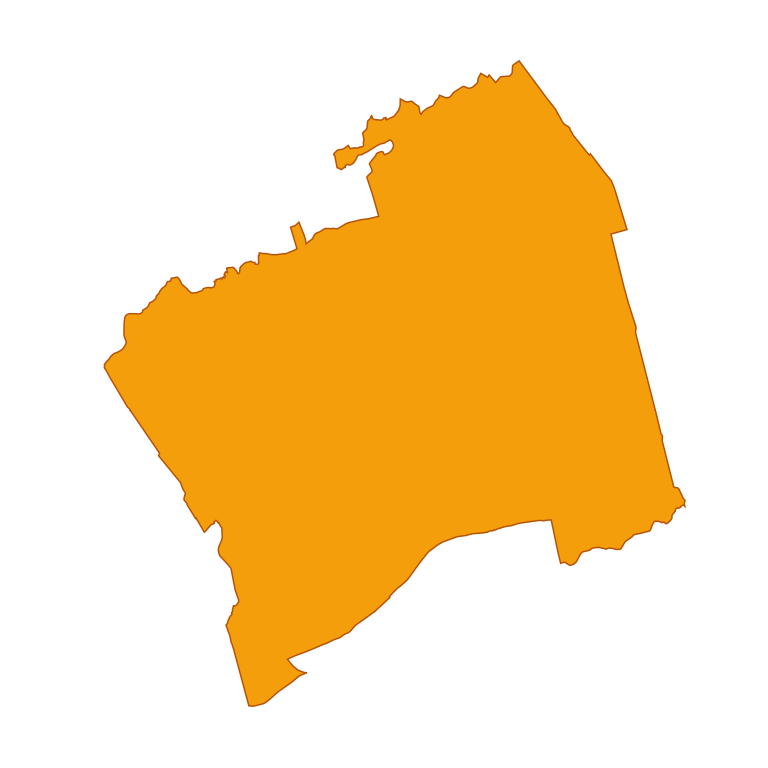 Optasi-Magura, Olt, Romania (Natural Earth projection), rotated 258°
{"feature_id": "2599482B31231477930356", "entity_name": "Optasi-Magura", "entity_type": "district", "adm_level": 2, "iso_a3": "ROU", "parent_name": "Romania", "parent_adm1": "Olt", "projection": "natural_earth1", "projection_center": [24.65, 44.581], "detail": "fine", "context": "isolated", "style": "filled", "palette": "amber", "viewbox_px": 768, "rotation_deg": 258, "n_neighbors": 0, "source": "geoboundaries", "source_scale": "gbopen_adm2", "svg_char_len": 6165}
<svg xmlns="http://www.w3.org/2000/svg" viewBox="0 0 768 768"><g transform="rotate(258 384 384)"><path d="M654.9,498.3L652.7,497.1L650.2,493.5L646.3,490.1L645.4,487.2L644.9,484.2L644.1,482.2L642.3,478.6L640.1,476.4L641.6,475.6L648.2,475.7L652.2,471.9L654.3,470.4L655.0,469.1L655.0,466.1L655.4,464.0L659.5,459.2L652.8,457.6L648.5,455.1L643.7,449.4L641.9,441.2L642.5,440.9L643.8,441.5L644.1,441.2L644.2,439.1L643.1,438.0L642.7,435.8L644.8,429.3L646.4,428.1L648.9,427.7L648.4,426.8L647.0,426.4L644.8,423.0L644.0,422.5L637.9,420.6L636.5,419.3L634.5,415.8L633.6,415.3L627.0,415.2L624.4,413.9L621.7,413.7L620.9,413.0L620.5,411.2L620.9,409.9L620.2,407.6L621.2,403.4L621.3,399.8L624.8,398.6L622.9,394.8L622.2,391.8L622.5,389.6L622.4,387.0L620.1,383.3L618.8,382.5L617.4,383.3L605.3,383.1L604.5,384.6L602.8,386.3L602.7,387.3L603.9,389.6L603.9,391.2L605.4,391.3L606.1,392.7L606.3,394.1L605.4,395.4L605.3,396.4L605.6,398.1L606.6,400.2L610.0,403.7L612.4,405.4L613.2,406.9L613.0,410.1L613.7,412.1L614.5,415.5L618.7,427.0L619.0,428.8L619.5,429.9L619.6,434.6L620.9,438.1L620.8,438.7L621.5,439.9L621.3,439.9L621.0,441.1L620.7,441.6L619.6,442.2L617.2,442.9L615.2,442.9L612.8,441.7L610.7,439.8L610.1,438.8L608.7,436.1L608.6,434.2L608.0,432.5L608.5,432.0L611.1,431.2L611.7,430.5L611.9,429.0L611.4,425.7L610.8,424.5L609.0,423.2L604.0,417.0L602.4,415.5L595.3,416.8L594.3,416.7L590.9,411.3L589.7,410.2L570.2,412.3L549.1,413.7L548.9,402.2L549.5,396.2L549.2,383.8L549.0,381.4L548.5,379.6L545.5,370.9L545.5,370.2L546.8,366.6L547.1,363.3L547.8,361.8L547.8,360.4L548.4,359.1L547.8,356.9L546.3,353.1L545.7,349.4L545.0,347.9L544.4,347.0L540.7,344.0L538.4,338.8L537.2,336.9L542.3,337.2L547.0,336.7L557.5,334.8L558.6,334.9L560.0,334.4L557.5,330.4L556.8,325.2L534.3,327.0L533.3,323.2L531.9,315.2L532.6,309.6L532.7,306.8L533.8,301.1L535.9,296.3L537.0,292.1L538.2,289.4L535.7,288.6L535.9,288.2L535.5,287.8L528.2,286.5L527.6,286.0L527.4,284.8L528.0,283.2L528.3,282.9L529.8,283.0L530.1,281.1L531.8,279.3L531.5,277.2L531.5,273.8L530.7,271.8L528.5,268.2L527.4,267.3L523.2,265.9L522.4,265.1L522.2,264.4L522.7,263.9L525.3,263.3L529.2,261.0L529.5,260.4L530.2,254.7L529.7,254.1L525.6,254.0L526.5,253.0L526.6,252.3L524.4,250.4L523.5,250.5L523.0,251.2L521.1,250.5L521.0,249.9L522.2,249.2L522.0,248.7L520.3,247.3L521.4,247.0L521.6,246.6L521.4,245.6L520.8,244.8L521.1,243.9L521.0,241.4L519.5,241.1L519.4,240.5L519.9,239.6L519.7,239.2L517.5,239.6L516.9,239.5L514.2,237.7L513.9,235.2L514.8,232.8L515.1,230.2L514.8,227.3L514.4,226.6L513.0,225.3L512.9,222.1L512.3,219.6L512.8,215.3L514.0,213.7L516.2,212.1L518.6,210.8L523.4,207.1L528.9,205.6L531.1,204.4L531.7,203.0L531.3,199.7L531.3,199.2L531.8,198.6L531.7,197.9L529.2,196.7L529.0,196.4L529.2,193.5L526.8,191.6L525.8,191.3L525.2,189.7L524.4,188.7L523.8,186.8L521.7,184.4L519.3,182.4L517.2,179.5L515.6,178.9L514.2,177.3L513.0,175.1L512.1,171.7L509.5,169.8L508.5,168.6L507.7,167.6L506.5,163.6L504.4,162.5L503.7,161.4L503.5,157.9L504.2,156.5L505.7,149.9L505.5,147.5L504.6,145.6L502.9,144.3L498.0,142.6L487.0,140.0L485.3,139.8L478.7,140.6L476.8,139.8L473.4,136.7L471.8,134.2L470.6,130.5L469.9,126.1L468.0,122.7L465.3,119.9L463.7,117.3L461.3,114.6L458.6,114.2L458.1,113.8L455.0,115.1L447.9,117.1L414.8,128.3L412.4,130.1L411.6,130.3L411.0,130.0L410.8,130.4L362.8,150.1L360.8,148.5L330.0,164.4L322.2,165.6L319.4,166.9L318.2,166.9L313.6,164.5L311.7,164.4L308.7,166.2L306.2,166.5L291.6,171.7L292.0,172.3L276.4,177.4L277.3,179.0L281.8,184.9L282.5,186.6L282.9,189.1L284.6,189.2L285.6,191.2L285.0,191.4L284.5,192.3L282.4,193.0L282.5,193.6L279.9,194.2L276.8,195.4L267.9,194.0L264.9,192.7L259.3,188.7L256.8,187.6L254.2,187.2L251.2,187.5L249.7,187.9L239.7,193.9L235.4,196.0L213.3,195.6L203.2,196.9L200.9,196.4L198.3,193.5L197.9,191.8L198.4,190.7L195.2,189.1L192.7,188.4L192.0,187.3L190.2,187.4L188.8,185.2L185.2,182.5L182.4,181.0L181.0,179.3L171.5,180.6L168.6,180.9L163.2,180.7L161.5,181.2L155.0,181.8L97.3,184.9L96.2,188.6L96.0,191.3L96.4,199.4L97.0,201.8L99.5,206.9L104.9,216.3L111.7,232.1L115.8,239.9L116.7,243.0L117.6,248.6L118.2,246.5L119.2,244.6L122.2,240.1L126.8,236.5L134.8,232.3L136.4,238.8L139.1,256.2L141.6,268.7L142.3,273.8L144.2,281.7L145.1,288.1L147.4,293.3L148.1,297.1L148.6,298.5L149.8,300.5L153.5,305.3L154.3,306.8L163.2,327.3L171.1,340.6L174.1,345.4L175.0,345.1L179.7,351.9L182.2,355.9L182.2,356.7L187.0,365.2L188.6,367.3L201.4,381.4L210.1,391.9L211.4,394.2L215.7,403.7L217.3,408.9L219.4,423.3L219.4,425.4L218.7,433.3L219.0,435.2L219.1,439.6L217.7,450.7L217.6,454.6L218.0,455.7L218.3,458.1L217.8,459.1L217.9,460.2L218.2,461.5L218.5,461.7L218.0,462.9L218.5,464.1L218.8,466.1L218.8,468.0L219.2,470.3L219.3,475.1L218.9,478.5L219.5,484.8L219.6,489.0L218.3,507.7L216.9,512.2L217.1,513.4L216.3,519.3L181.5,519.2L171.8,519.5L172.2,521.9L171.9,524.0L168.4,527.4L167.9,528.9L168.3,532.0L170.1,535.2L177.0,541.0L178.5,543.5L178.6,550.4L180.1,553.6L180.1,556.1L179.4,560.5L176.3,566.9L176.8,569.5L176.2,572.1L174.0,576.6L173.2,580.2L173.5,581.4L179.7,587.2L182.8,594.5L184.7,597.4L184.6,603.5L185.0,613.1L186.1,614.5L189.5,616.5L191.9,618.4L193.2,619.8L193.5,620.7L192.8,622.4L193.0,623.5L190.5,627.2L190.8,628.4L190.4,629.6L189.1,630.2L188.6,631.8L190.9,635.8L192.5,637.5L195.5,638.5L196.9,639.6L197.7,641.0L198.6,641.7L198.9,642.4L200.9,643.2L201.4,643.9L201.8,645.7L201.2,646.3L201.9,648.7L202.8,649.2L203.3,651.3L203.1,652.0L201.9,652.8L204.3,652.8L207.4,654.2L210.4,652.8L220.1,650.6L220.9,650.1L221.7,649.0L222.1,647.3L223.1,646.0L224.3,646.0L270.7,644.3L274.8,645.5L276.0,645.4L277.6,644.6L295.2,644.2L380.0,640.8L382.7,640.8L385.3,641.9L387.8,642.3L412.1,639.9L429.2,638.9L482.1,637.2L483.5,637.2L484.5,653.8L528.0,650.0L535.7,648.6L544.8,643.8L566.3,633.7L565.2,632.3L588.2,620.7L591.9,619.8L593.9,618.8L595.6,619.0L597.2,618.0L600.6,614.3L602.3,613.4L617.4,608.7L629.6,602.7L672.0,583.3L669.3,576.8L668.4,575.9L661.6,574.0L659.7,572.0L659.1,570.7L660.3,562.5L660.0,561.6L655.6,555.8L664.5,551.1L662.4,549.1L667.7,543.3L663.4,539.6L659.7,538.4L658.6,537.1L656.1,532.9L655.6,530.8L655.5,529.0L655.9,527.7L658.3,524.3L658.6,522.9L654.7,512.6L652.2,509.9L651.2,508.2L650.7,506.9L651.2,503.8L654.9,498.3Z" fill="#f59e0b" stroke="#b45309" stroke-width="1.5"/></g></svg>